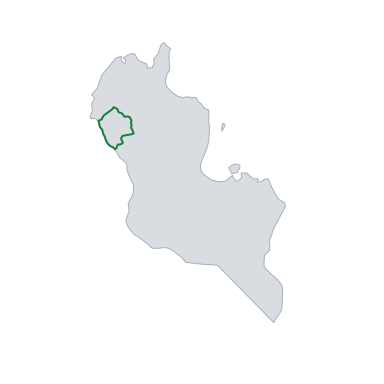 Le Kef on a map of Tunisia (Mercator projection), rotated 328°
{"feature_id": "TUN-109", "entity_name": "Le Kef", "entity_type": "Governorate", "adm_level": 1, "iso_a3": "TUN", "parent_name": "Tunisia", "parent_adm1": "", "projection": "mercator", "projection_center": [8.752, 36.03], "detail": "fine", "context": "in_parent", "style": "outline", "palette": "green", "viewbox_px": 384, "rotation_deg": 328, "n_neighbors": 0, "source": "natural_earth", "source_scale": "10m", "svg_char_len": 3692}
<svg xmlns="http://www.w3.org/2000/svg" viewBox="0 0 384 384"><g transform="rotate(328 192 192)"><path d="M263.5,221.2L263.4,222.3L262.1,230.4L261.8,233.4L261.6,238.3L261.6,244.3L264.5,249.3L264.6,251.5L263.5,254.0L258.2,256.9L251.4,260.7L245.5,264.2L239.1,268.2L237.1,270.7L233.9,272.6L231.3,274.6L230.8,276.4L228.9,279.9L226.5,282.7L220.4,284.1L219.3,284.9L216.4,289.1L215.1,290.8L213.5,294.2L215.6,303.2L218.1,312.4L218.6,316.2L218.6,319.4L217.2,322.8L213.9,327.7L211.5,331.3L207.0,337.7L205.6,339.3L202.5,341.2L196.4,343.7L192.1,345.9L189.9,336.1L188.1,327.7L186.5,320.7L183.8,308.5L181.5,298.0L179.2,287.6L177.1,278.1L175.1,268.5L174.2,267.1L167.9,262.6L162.1,258.4L156.0,253.6L149.5,248.5L148.5,242.0L145.1,232.1L141.6,226.6L140.3,225.2L133.1,221.6L129.0,219.0L127.9,217.5L127.1,213.4L124.2,205.4L120.8,198.1L119.6,193.1L119.4,186.9L120.1,182.4L121.5,180.5L128.5,174.8L131.7,168.1L135.7,165.5L139.2,163.6L142.0,161.4L144.5,157.8L146.4,153.9L146.7,149.8L147.5,143.2L148.8,138.6L151.7,133.3L150.5,129.1L148.9,124.6L149.4,116.7L149.0,113.5L147.7,110.6L146.4,107.0L146.4,103.9L147.6,95.9L148.6,89.8L150.1,81.8L149.5,79.5L148.4,77.9L145.0,76.1L145.0,75.0L145.8,73.9L150.8,70.0L153.5,64.2L155.7,63.0L159.1,60.9L159.0,58.7L158.3,56.3L167.1,53.6L175.6,46.4L178.6,44.7L198.2,38.1L200.7,38.6L203.6,39.5L202.8,42.0L201.6,43.9L203.3,47.4L205.7,45.3L205.1,43.9L204.9,42.0L209.0,41.9L212.5,42.1L216.5,44.2L216.2,51.9L221.4,59.5L219.9,63.3L224.2,65.5L228.0,62.8L229.9,58.9L236.9,56.6L243.6,50.8L247.3,50.2L248.1,55.0L249.9,59.1L247.4,60.6L244.1,65.0L238.1,76.2L232.5,79.5L228.3,83.8L226.9,86.8L226.5,90.4L227.6,96.7L230.6,103.2L234.1,107.1L237.6,108.3L245.5,114.4L245.3,118.0L246.5,122.3L246.9,127.6L249.6,131.7L243.7,140.8L240.5,147.4L234.2,156.4L228.6,162.2L216.6,170.9L213.6,173.7L211.7,176.7L210.8,179.8L211.2,183.4L215.1,192.4L220.4,197.6L225.7,200.5L235.0,199.3L234.7,202.8L235.4,206.9L239.1,206.7L241.7,206.0L243.8,202.0L248.4,204.8L250.7,213.1L254.6,215.7L255.0,216.7L253.7,217.3L252.6,218.3L253.7,219.0L257.5,220.0L259.7,219.3L263.5,221.2ZM243.8,197.9L242.9,198.1L241.1,199.3L240.2,199.4L237.6,198.1L236.6,198.1L235.3,197.2L235.8,192.1L236.2,190.7L242.5,190.5L246.0,193.5L246.5,194.3L246.7,195.2L245.1,196.9L243.8,197.9ZM255.3,153.1L249.8,156.2L250.8,153.5L254.5,150.2L255.4,151.0L255.3,153.1Z" fill="#d9dde1" stroke="#a8b0b8" stroke-width="1"/><path d="M149.3,114.9L149.2,113.6L148.6,112.1L146.8,109.2L146.4,107.7L146.2,105.8L146.4,102.3L147.2,99.5L147.3,99.0L147.4,96.5L148.2,93.3L148.6,92.5L148.9,91.7L148.8,90.9L148.6,90.0L148.4,89.2L148.6,87.3L150.3,82.5L150.3,82.3L150.9,82.2L153.1,82.4L153.9,82.4L157.1,80.7L158.5,80.2L158.8,80.2L167.4,79.7L170.5,78.6L172.2,81.2L172.6,82.1L172.7,82.3L172.7,82.7L172.6,83.0L172.4,83.5L172.2,83.9L172.1,84.2L172.1,84.8L172.1,85.1L172.2,85.4L172.5,86.0L173.5,87.2L174.2,88.3L174.3,88.7L174.4,88.9L174.5,89.3L174.5,89.9L174.4,90.9L174.4,91.2L174.5,91.8L174.6,92.1L174.7,92.3L175.2,92.7L177.4,93.8L177.7,94.1L178.0,94.4L178.5,95.3L178.8,95.8L178.9,96.2L178.8,96.9L178.6,98.1L178.4,99.1L178.2,99.6L178.0,100.0L177.1,100.9L176.6,101.7L176.5,102.0L176.4,102.7L176.3,103.1L176.1,103.4L176.0,103.6L175.9,103.8L174.6,104.9L174.5,105.0L174.4,105.2L174.3,105.4L174.3,105.5L174.3,105.9L174.3,107.6L174.1,109.3L174.0,109.6L173.5,111.3L171.8,111.2L165.6,108.6L162.7,107.7L162.3,107.7L162.0,107.8L161.6,108.1L160.8,108.7L160.5,109.0L160.2,109.3L160.0,109.8L159.9,110.2L159.8,110.6L159.7,112.4L159.6,113.0L159.5,113.3L159.3,113.6L159.2,113.7L158.4,113.8L156.8,113.7L156.3,113.6L154.8,112.7L154.6,112.7L154.4,112.6L154.1,112.6L153.8,112.8L153.4,113.0L152.1,114.0L151.5,114.5L151.0,114.7L150.0,114.8L149.3,114.9Z" fill="none" stroke="#15803d" stroke-width="2"/></g></svg>